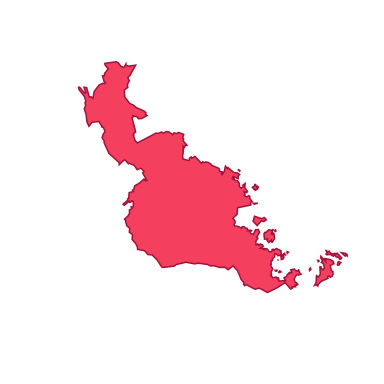 the district of Pesawaran, Lampung, Indonesia, rotated 320°
{"feature_id": "22746128B94381737455512", "entity_name": "Pesawaran", "entity_type": "district", "adm_level": 2, "iso_a3": "IDN", "parent_name": "Indonesia", "parent_adm1": "Lampung", "projection": "natural_earth1", "projection_center": [105.16, -5.482], "detail": "fine", "context": "isolated", "style": "filled", "palette": "rose", "viewbox_px": 384, "rotation_deg": 320, "n_neighbors": 0, "source": "geoboundaries", "source_scale": "gbopen_adm2", "svg_char_len": 6124}
<svg xmlns="http://www.w3.org/2000/svg" viewBox="0 0 384 384"><g transform="rotate(320 192 192)"><path d="M222.7,142.6L220.2,137.9L217.8,137.3L216.2,135.1L214.0,135.7L213.0,131.3L211.2,129.1L208.2,128.8L207.2,126.5L204.3,125.6L202.1,123.7L181.7,119.3L181.5,116.3L183.1,111.9L184.0,111.2L183.6,110.7L185.1,109.7L187.5,109.8L193.7,96.7L195.7,96.7L195.8,95.8L198.2,98.9L198.0,101.4L200.5,103.3L206.8,104.6L206.3,102.3L207.6,101.8L207.5,99.6L203.5,91.2L203.0,87.9L201.2,84.1L201.6,75.9L205.7,70.5L210.1,70.6L211.5,68.2L215.5,66.5L216.3,63.1L219.2,62.9L230.4,58.6L224.4,54.9L222.9,52.6L223.7,51.4L220.7,52.6L219.4,52.1L218.3,49.6L218.6,45.8L217.7,43.6L207.9,37.4L207.1,38.7L206.9,43.8L201.3,45.0L199.6,46.6L198.2,45.4L195.8,50.5L196.0,52.7L194.6,52.9L193.8,51.4L189.5,50.3L181.7,52.1L176.4,56.5L175.9,54.2L174.3,53.3L178.4,44.4L176.6,42.3L174.5,47.6L173.3,47.2L173.3,39.4L172.3,38.9L171.2,41.1L171.0,49.6L169.0,54.2L169.5,54.3L167.5,54.7L165.9,57.6L162.9,59.1L160.7,64.5L156.6,70.7L155.3,75.4L160.4,74.4L165.9,78.1L165.3,83.5L164.7,83.9L165.6,85.7L164.1,90.1L161.8,90.3L158.1,92.5L157.5,96.7L156.3,97.8L153.2,109.1L155.1,122.7L153.8,124.3L160.4,123.8L161.4,124.8L161.4,129.6L162.7,130.1L164.9,134.6L164.3,139.6L168.1,140.8L168.6,145.2L166.5,145.7L164.8,154.1L163.6,153.8L163.5,151.2L157.5,151.4L152.1,150.4L149.4,152.4L147.6,152.4L147.4,154.1L143.5,152.0L139.5,156.1L138.3,155.9L137.4,157.0L131.3,157.0L131.6,158.7L137.7,158.6L137.4,159.6L138.3,160.5L137.9,160.8L139.8,159.8L140.9,161.5L137.6,165.5L135.7,164.3L135.4,166.1L132.5,165.5L130.4,168.2L127.5,169.2L122.8,169.4L122.9,170.8L120.3,175.8L120.9,179.8L118.1,182.5L119.0,186.3L115.6,189.9L115.7,195.3L114.9,198.8L113.4,201.0L117.9,206.4L118.0,211.6L121.0,214.6L121.6,221.8L120.6,229.9L121.3,231.2L130.7,237.3L133.7,237.6L142.3,242.0L147.8,248.7L151.2,250.7L157.5,257.7L158.5,260.3L161.6,262.8L164.6,267.4L168.9,271.1L169.7,274.8L176.0,275.0L176.3,281.6L173.5,290.4L173.4,295.0L172.2,295.8L172.2,297.7L173.3,297.6L174.4,298.9L177.8,307.0L181.7,308.8L185.2,317.5L195.2,320.0L205.1,321.3L205.2,329.8L207.4,330.2L208.0,329.7L207.3,328.5L210.4,331.2L211.1,329.7L212.3,330.8L213.0,330.0L213.6,330.5L213.8,328.6L212.9,327.8L214.1,324.6L216.3,323.4L219.2,322.7L220.3,324.2L222.8,325.0L222.5,323.1L223.7,320.3L221.8,320.1L220.8,318.5L220.9,316.7L217.5,315.1L216.8,317.8L215.5,317.6L215.2,316.4L214.5,316.3L214.6,317.2L212.3,316.4L210.0,317.4L207.3,316.9L206.7,320.0L205.6,320.0L205.4,318.9L201.4,316.3L201.6,314.7L202.1,315.1L203.0,313.1L201.7,312.1L201.8,311.2L199.0,309.8L198.5,306.5L199.7,306.7L201.0,304.3L204.3,303.0L205.2,298.4L206.1,298.4L208.2,295.6L209.7,296.4L210.3,295.0L213.6,294.8L215.7,292.5L217.0,294.4L216.7,295.9L219.2,297.2L218.5,298.9L219.2,298.9L222.4,294.2L220.4,289.6L217.5,289.2L216.8,289.8L217.6,288.3L216.5,287.5L214.9,288.9L212.8,287.7L213.0,284.0L211.6,282.4L210.4,282.8L210.0,282.2L211.3,282.1L208.1,279.0L211.6,279.4L212.1,277.9L210.8,275.6L209.3,276.2L209.0,274.1L207.2,273.7L209.0,270.9L212.7,269.8L212.7,268.1L217.8,266.4L218.7,263.4L216.5,261.7L211.1,264.2L211.7,263.7L210.4,261.6L210.7,259.7L212.7,260.0L212.5,259.0L210.2,257.6L210.7,257.6L210.1,256.8L211.0,255.6L209.8,253.9L209.7,252.2L208.2,250.8L206.8,251.5L206.3,251.0L205.4,248.4L202.9,245.3L203.3,243.8L205.2,243.4L206.4,241.7L206.3,238.5L212.3,238.0L216.8,233.4L228.7,239.8L230.3,237.6L231.9,238.3L232.2,233.8L233.5,232.5L233.1,231.2L230.7,231.1L229.8,228.4L231.1,228.0L232.1,225.1L233.5,227.7L234.9,227.2L235.3,222.5L238.2,219.7L235.3,219.4L234.9,221.0L232.1,220.7L231.9,218.3L233.8,215.8L234.1,212.7L232.4,210.6L233.1,207.5L232.0,208.9L231.4,207.5L233.7,206.5L235.8,211.5L237.8,209.4L239.7,209.2L239.1,206.6L236.7,204.4L235.1,195.7L234.8,196.9L234.1,196.8L234.2,193.7L230.0,197.0L226.0,198.2L226.2,197.1L228.1,196.1L226.4,194.0L227.7,192.1L227.5,190.5L224.4,184.6L224.4,182.4L223.3,179.7L222.0,177.8L220.7,177.8L219.6,175.7L218.3,176.2L217.6,175.5L217.2,166.6L213.7,166.1L213.9,164.6L211.7,164.4L210.6,165.9L209.6,165.7L206.4,161.0L207.8,158.5L211.8,155.1L212.2,153.6L213.2,153.7L214.5,151.1L215.0,153.0L216.6,152.0L218.2,153.0L218.1,147.3L219.8,145.9L219.6,144.5L222.7,142.6ZM249.8,331.1L249.4,324.1L248.2,325.4L247.7,328.7L245.9,329.0L246.5,331.6L244.8,335.0L242.3,336.0L242.0,333.7L242.7,332.0L241.8,331.6L237.4,337.5L234.2,338.3L233.4,337.4L234.1,335.5L229.0,341.0L225.9,342.3L227.5,342.7L227.9,345.0L229.0,344.1L233.5,343.5L240.7,345.6L241.4,344.0L242.8,344.0L243.1,346.2L245.3,346.6L247.1,345.8L248.9,343.4L248.2,341.7L250.7,337.2L254.6,338.1L255.6,335.7L254.6,332.9L251.6,329.0L251.1,328.5L249.8,331.1ZM222.5,270.5L221.7,269.7L220.1,270.4L217.2,274.7L219.7,276.6L218.4,277.3L218.3,280.1L221.8,279.9L220.8,281.6L221.2,282.1L225.5,280.7L228.1,276.5L227.8,275.5L226.3,276.1L225.8,275.0L230.4,272.6L228.4,272.7L226.6,270.3L222.5,270.5ZM224.3,250.7L220.0,253.7L220.3,259.6L226.7,258.7L228.0,260.8L231.1,261.2L231.0,258.0L228.2,257.3L224.3,250.7ZM257.6,325.2L257.0,322.2L256.7,325.3L254.7,325.7L254.9,326.7L257.8,328.7L258.9,332.0L260.8,331.9L260.7,334.4L262.4,336.6L261.8,338.5L263.1,339.1L264.4,338.6L263.9,332.1L262.6,332.2L262.0,330.7L260.0,329.9L258.9,327.4L259.1,325.5L257.6,325.2ZM245.5,227.2L245.0,226.6L244.1,227.5L241.3,227.2L241.2,229.4L242.0,230.5L241.5,231.3L243.6,231.9L246.0,230.9L245.9,229.8L244.6,230.0L245.5,227.2ZM270.6,339.7L270.2,337.7L267.4,334.5L268.1,339.5L269.3,339.1L269.7,340.8L270.6,339.7ZM221.3,298.9L218.2,299.3L217.0,301.2L218.3,301.9L220.5,301.2L221.3,298.9ZM259.3,339.4L256.7,340.9L256.6,341.7L257.6,342.4L260.7,341.6L259.3,339.4ZM208.5,308.8L206.9,309.0L206.7,309.6L208.9,310.5L208.5,308.8ZM235.2,242.9L231.1,239.7L231.9,241.4L235.2,242.9ZM233.7,326.3L231.9,326.9L231.5,327.8L233.3,327.8L233.7,326.3ZM227.2,300.2L226.5,298.8L225.5,300.3L227.2,300.2ZM223.6,298.5L221.7,298.4L223.0,300.2L223.6,298.5ZM205.3,305.3L205.1,306.4L205.6,306.9L206.8,306.6L205.3,305.3ZM242.4,206.6L242.1,204.8L241.7,204.8L241.8,206.7L242.4,206.6ZM230.5,274.5L230.4,275.8L231.2,275.9L231.6,274.7L230.5,274.5ZM244.3,325.2L243.9,326.6L244.7,326.7L245.2,325.8L244.3,325.2ZM214.2,299.5L214.7,299.3L213.7,299.3L214.2,299.5Z" fill="#f43f5e" stroke="#9f1239" stroke-width="1.5"/></g></svg>